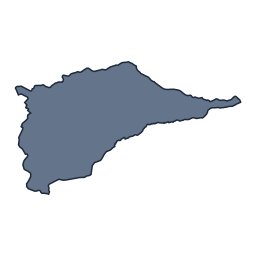 outline of Rona De Jos, Maramures, Romania
{"feature_id": "2599482B30992645839437", "entity_name": "Rona De Jos", "entity_type": "district", "adm_level": 2, "iso_a3": "ROU", "parent_name": "Romania", "parent_adm1": "Maramures", "projection": "equal_earth", "projection_center": [24.015, 47.917], "detail": "fine", "context": "isolated", "style": "filled", "palette": "slate", "viewbox_px": 256, "rotation_deg": 0, "n_neighbors": 0, "source": "geoboundaries", "source_scale": "gbopen_adm2", "svg_char_len": 5633}
<svg xmlns="http://www.w3.org/2000/svg" viewBox="0 0 256 256"><path d="M48.6,194.2L49.5,191.7L48.6,190.0L49.0,188.3L48.3,185.6L49.1,184.3L55.2,181.1L58.9,179.3L63.1,180.2L65.9,180.0L79.8,177.5L84.4,177.4L86.8,176.0L89.7,175.4L91.0,174.5L91.9,168.4L92.3,165.7L94.4,162.7L100.5,160.4L101.7,158.9L104.3,154.2L106.3,151.7L110.6,149.9L112.4,148.1L112.7,147.8L114.8,146.5L114.5,145.4L114.8,144.7L115.3,144.1L115.0,143.7L116.1,142.8L116.4,142.4L116.6,141.9L116.7,141.1L118.8,140.2L119.7,140.5L120.1,140.5L120.7,140.1L121.2,139.3L122.0,138.7L123.7,137.8L124.5,137.5L125.1,138.7L125.2,139.0L125.5,138.7L126.4,138.6L127.4,138.3L128.4,137.9L129.3,137.0L129.9,136.6L130.5,136.6L132.6,136.2L133.7,135.6L135.0,134.8L135.6,134.8L136.6,135.1L137.2,135.2L138.2,134.8L141.3,132.4L142.6,130.9L143.4,129.0L144.2,128.3L144.7,127.4L145.9,126.8L146.3,126.0L146.7,125.5L146.9,124.7L147.5,124.3L148.1,124.4L148.7,124.7L150.8,124.4L151.3,123.7L151.7,123.7L152.2,123.9L153.0,123.8L153.4,123.4L153.6,123.3L154.4,123.7L155.0,123.8L155.5,123.2L156.6,123.1L157.6,122.5L158.3,122.5L159.4,122.8L160.2,122.9L161.0,122.9L162.2,123.0L163.1,123.0L163.7,123.2L164.3,123.2L164.4,122.7L165.2,122.7L165.9,122.8L166.9,122.4L167.6,122.0L168.2,121.9L168.6,122.1L168.8,122.6L169.7,122.5L170.5,122.2L171.4,121.9L172.2,121.9L172.8,122.2L173.3,122.0L173.6,121.5L174.6,121.2L175.3,120.9L176.0,120.4L176.7,120.1L177.3,120.1L178.0,120.2L178.8,120.5L179.6,121.0L180.4,121.0L181.0,120.6L181.6,120.5L182.3,120.4L183.0,120.3L183.8,119.9L184.3,119.4L185.0,119.4L185.9,119.6L188.8,119.5L189.9,119.0L191.3,118.3L192.5,117.8L193.5,117.8L195.2,118.1L196.4,118.5L197.0,118.4L198.0,118.3L201.1,117.7L202.7,117.9L204.0,116.8L205.9,114.9L206.7,113.9L207.5,112.1L207.8,110.6L208.2,110.0L209.1,109.4L209.9,108.7L210.9,108.1L211.9,107.9L212.6,107.7L214.2,107.8L216.0,107.7L217.7,107.5L218.5,107.5L220.0,108.0L221.5,107.7L222.6,107.7L223.5,107.6L225.4,107.2L226.7,107.1L228.0,106.7L229.2,106.4L232.3,106.3L235.4,104.8L236.7,104.0L237.6,103.6L240.6,102.3L240.6,101.7L239.6,99.8L236.3,96.8L235.3,96.3L234.7,96.4L234.1,96.9L233.7,97.1L233.2,97.4L232.9,97.9L232.4,98.4L231.8,99.0L231.2,99.5L230.4,99.9L229.2,100.2L228.1,100.5L227.4,100.8L226.6,100.9L226.2,100.8L224.9,100.3L224.2,100.1L223.4,100.1L222.5,100.1L221.7,100.3L221.2,100.3L218.8,100.1L218.3,99.6L217.6,99.1L216.3,98.9L215.6,99.1L214.7,99.7L212.6,100.8L211.2,101.3L210.0,101.6L209.2,100.6L208.3,100.2L207.6,100.0L206.7,100.4L206.0,100.0L205.0,99.6L204.0,99.5L203.4,99.0L202.5,98.7L202.1,97.6L198.9,98.3L197.8,98.0L196.3,97.5L195.3,97.1L194.8,97.1L193.7,97.5L193.2,97.5L192.6,97.2L192.0,96.8L191.2,95.7L190.7,95.3L190.3,95.2L189.2,95.4L187.7,95.5L186.8,95.4L186.0,95.1L185.0,94.6L183.4,93.4L182.1,92.3L180.4,91.0L179.2,90.4L178.3,90.1L176.9,89.8L175.1,89.5L173.5,89.2L172.4,89.3L170.3,89.3L169.2,89.4L167.9,89.5L164.7,89.2L164.2,89.0L162.9,88.4L161.4,87.4L155.7,83.2L154.7,82.3L154.2,81.7L152.7,81.4L151.6,80.5L150.9,80.1L150.3,79.5L150.1,79.0L148.8,77.6L147.9,76.9L146.8,76.4L145.3,75.8L143.9,75.0L141.9,74.0L140.8,73.6L140.1,72.5L137.9,70.6L137.0,69.5L136.5,68.3L136.3,67.3L136.3,66.5L136.1,66.1L135.9,65.7L135.4,65.6L134.5,65.2L132.6,63.9L132.1,63.4L131.5,63.2L130.7,63.0L129.5,62.4L128.7,61.8L128.1,61.8L127.6,62.0L126.5,62.2L123.2,62.5L121.7,62.8L120.3,63.6L118.9,64.6L118.0,65.1L117.2,65.2L116.0,65.1L115.3,65.3L113.8,65.9L112.6,66.2L111.9,66.5L110.7,66.8L109.9,67.2L109.0,67.8L108.0,68.3L107.3,68.9L106.8,69.4L106.0,69.7L105.3,69.8L104.2,69.7L102.0,69.3L101.4,69.6L100.6,69.9L100.1,70.1L99.2,70.2L98.6,70.3L97.3,70.7L95.4,71.1L94.3,71.4L93.9,71.5L91.6,70.5L90.5,69.7L89.2,68.7L88.5,68.2L87.7,68.2L86.9,68.2L86.5,68.4L86.0,68.7L85.4,69.1L84.7,69.5L84.2,69.8L81.1,72.0L79.8,72.3L78.3,71.8L77.5,71.8L76.7,72.0L75.5,72.7L75.0,72.9L74.5,72.9L74.1,72.9L73.9,72.9L73.7,72.9L73.1,73.3L72.9,73.3L72.6,73.4L72.4,73.4L72.3,73.5L71.1,73.8L70.9,74.0L70.6,74.2L69.9,75.1L69.0,75.9L68.8,76.0L68.2,76.1L67.9,76.1L67.3,76.0L66.7,75.9L63.8,75.2L63.5,75.2L62.8,75.5L62.6,75.7L62.6,76.0L62.3,76.7L62.3,77.3L63.0,78.3L63.3,79.2L63.4,80.0L63.2,80.6L62.6,81.8L62.2,81.7L61.9,81.9L61.4,82.1L60.9,82.2L60.3,82.1L59.6,82.0L58.6,82.0L58.2,82.2L57.6,82.3L57.3,82.4L56.7,83.0L55.7,83.0L54.8,83.4L54.3,83.9L51.9,85.6L51.3,86.1L50.5,87.3L49.1,87.5L48.4,87.5L47.8,87.1L46.9,86.9L46.4,86.6L46.2,86.6L45.9,86.6L45.3,86.2L44.4,85.6L43.9,85.2L43.3,84.8L42.6,84.9L40.7,85.5L39.8,85.4L36.9,85.5L35.8,85.4L34.6,86.0L33.6,88.5L32.3,88.8L31.5,90.8L30.2,90.9L21.3,86.2L18.6,86.5L18.2,86.4L17.5,86.4L16.8,86.6L15.9,87.3L15.4,88.0L16.4,90.1L18.4,94.9L18.7,94.7L19.0,94.6L21.2,94.0L22.1,94.4L27.5,97.2L28.1,98.7L24.7,102.5L26.9,105.0L26.7,105.3L26.2,106.2L26.1,107.0L25.8,107.5L26.4,108.2L27.0,108.1L27.7,108.4L28.5,109.2L28.0,109.8L27.7,110.5L30.7,113.1L29.2,114.0L28.2,114.6L27.8,115.1L27.7,116.1L27.6,117.0L27.6,117.5L27.6,118.4L27.1,119.3L24.5,121.7L22.7,123.2L22.0,124.1L21.8,125.7L21.4,126.1L21.2,126.4L21.1,126.6L21.4,126.8L21.6,127.1L22.1,127.4L22.8,127.5L22.5,129.7L18.8,137.4L19.2,140.0L18.5,144.8L20.0,147.2L21.9,148.5L22.6,149.4L23.7,151.2L25.0,153.3L25.3,153.9L25.3,154.1L25.7,154.3L26.1,154.2L26.4,154.0L26.8,154.0L27.1,154.0L27.3,154.2L27.5,154.9L27.8,155.5L27.5,156.3L27.3,156.9L26.3,157.8L24.7,159.8L24.1,160.7L23.4,162.6L22.9,165.0L24.1,168.9L24.3,169.3L24.7,169.6L27.7,171.1L30.5,173.1L30.6,173.5L30.7,174.6L30.7,176.7L30.2,177.5L29.8,178.6L29.2,179.4L29.1,179.9L28.0,181.8L26.6,183.8L26.7,186.6L28.3,188.7L34.0,190.9L34.6,191.1L35.7,191.1L36.9,191.0L38.5,190.4L39.2,190.4L39.8,190.6L40.3,191.0L40.5,191.4L40.9,192.3L41.7,193.2L42.6,193.2L44.1,193.3L45.7,193.5L46.9,193.7L47.2,193.6L47.9,193.9L48.6,194.2Z" fill="#64748b" stroke="#1e293b" stroke-width="1.5"/></svg>